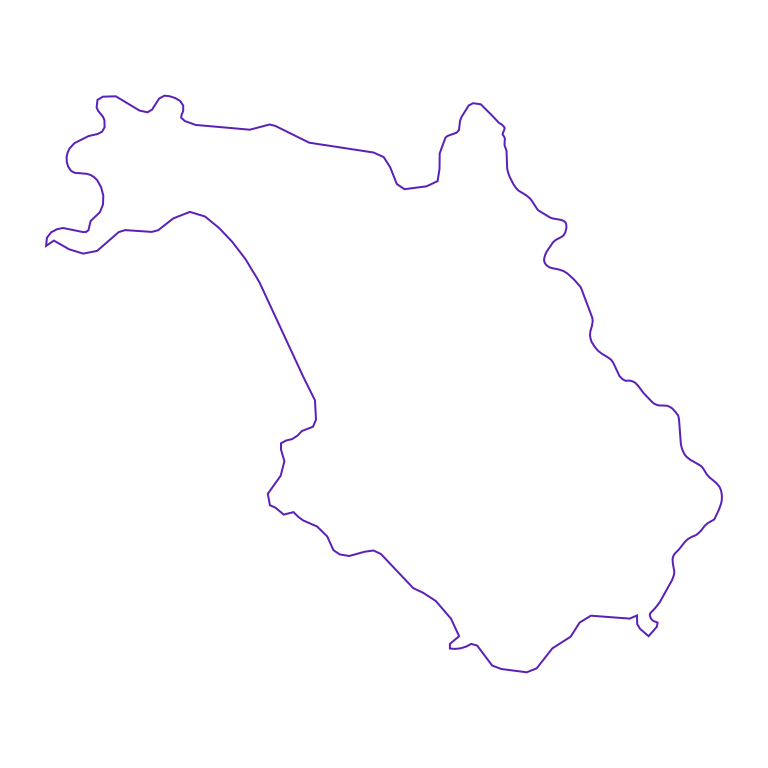 Salerno, Albers equal-area conic projection
{"feature_id": "ITA-5400", "entity_name": "Salerno", "entity_type": "Province", "adm_level": 1, "iso_a3": "ITA", "parent_name": "Italy", "parent_adm1": "", "projection": "albers", "projection_center": [15.247, 40.421], "detail": "fine", "context": "isolated", "style": "outline", "palette": "violet", "viewbox_px": 768, "rotation_deg": 0, "n_neighbors": 0, "source": "natural_earth", "source_scale": "10m", "svg_char_len": 3401}
<svg xmlns="http://www.w3.org/2000/svg" viewBox="0 0 768 768"><path d="M648.6,636.2L640.2,629.0L637.2,624.2L637.0,615.5L629.7,618.6L590.9,615.7L579.7,622.5L570.6,636.7L552.3,648.4L536.7,668.3L526.7,672.3L501.3,669.0L492.1,665.5L477.2,645.6L471.3,643.9L466.4,646.5L461.1,648.2L455.6,648.9L449.9,648.5L449.9,643.9L459.1,636.2L451.0,618.7L435.8,601.0L423.3,592.9L413.2,588.1L380.9,554.0L373.5,550.5L364.8,551.7L349.2,556.0L339.7,554.4L333.4,550.1L327.2,536.4L317.1,526.5L303.1,520.4L298.2,516.8L293.5,512.1L283.7,514.6L275.5,507.7L269.9,505.2L267.8,493.8L280.7,475.7L284.4,461.2L281.0,449.6L281.0,443.3L286.1,440.5L292.1,439.1L297.5,435.6L301.9,431.0L313.0,426.7L316.0,419.7L315.0,400.4L303.6,377.5L259.3,282.0L245.4,259.0L232.2,241.8L219.1,228.0L205.0,216.5L189.8,211.9L173.3,218.4L158.2,230.2L151.8,231.9L125.1,230.1L118.7,232.1L97.1,250.9L83.2,253.6L69.1,249.3L53.9,240.6L46.1,245.9L46.9,237.8L51.1,232.3L57.1,229.2L63.1,228.0L83.2,232.1L86.2,231.9L88.5,230.1L90.6,221.0L99.9,212.2L103.0,204.5L103.3,195.7L101.1,187.2L97.1,180.1L94.0,177.1L90.6,175.0L86.8,173.8L74.6,172.8L71.0,170.8L68.1,166.5L66.8,162.0L66.6,157.2L67.6,152.6L69.5,148.5L74.5,143.1L88.5,136.1L97.9,133.9L102.1,131.6L104.6,127.3L104.4,120.0L102.9,116.6L98.1,110.9L96.6,107.3L97.5,99.9L102.8,96.7L115.8,96.3L139.6,110.6L147.5,112.3L152.1,109.6L159.1,98.6L164.4,95.7L169.1,96.1L174.9,97.9L180.2,101.0L183.2,105.6L183.2,111.0L181.6,114.7L181.2,117.7L184.8,121.0L195.5,124.9L249.8,129.7L269.6,124.5L275.3,125.9L309.2,142.7L373.5,152.5L383.7,157.1L390.2,167.3L396.8,184.0L404.5,189.2L426.6,186.3L437.6,181.1L439.5,169.0L439.7,153.4L445.4,137.7L447.6,135.9L456.6,132.7L459.0,130.0L460.0,121.1L461.4,117.2L468.7,105.5L473.1,103.2L480.8,104.3L492.1,115.6L499.2,123.1L501.5,124.3L503.7,126.4L504.7,128.0L503.9,130.8L503.0,132.6L502.6,134.6L504.2,136.7L504.9,138.8L504.6,141.7L504.6,145.5L506.5,150.6L507.2,168.8L508.1,172.5L509.7,177.0L513.6,184.5L516.1,188.1L518.5,190.6L526.5,195.5L529.9,198.4L531.3,200.0L537.2,209.1L538.6,210.6L550.4,217.7L553.0,218.5L561.5,220.0L563.8,221.0L565.5,222.4L566.3,224.8L566.4,227.9L565.3,232.4L563.9,234.9L562.1,236.6L556.2,239.7L554.4,241.0L552.8,242.6L546.8,251.4L545.3,254.5L544.7,256.5L544.2,258.7L544.1,260.3L544.6,262.5L546.0,264.8L549.3,267.3L552.5,268.2L558.5,269.4L563.4,271.0L567.3,273.4L574.0,279.5L579.7,286.0L581.0,287.8L592.3,317.8L592.7,321.0L592.0,325.7L590.4,331.1L590.2,333.0L590.0,335.4L590.5,338.4L591.5,341.7L594.3,346.2L596.3,348.8L598.2,350.9L601.8,353.7L607.8,357.3L611.3,359.9L613.3,362.9L619.5,376.1L622.7,379.3L625.6,380.8L628.2,380.6L630.8,380.8L633.1,381.6L635.2,382.7L638.2,385.9L643.4,392.9L652.4,402.3L654.2,403.7L656.4,404.7L658.8,405.4L666.6,405.7L668.9,406.4L670.9,407.5L672.6,408.8L675.6,412.1L678.2,415.6L679.0,419.3L680.9,444.5L682.1,449.1L683.9,453.2L685.0,455.0L686.5,456.7L690.0,459.6L700.1,465.4L701.8,466.8L703.2,468.5L706.6,474.1L708.0,475.8L709.5,477.4L716.3,483.0L719.2,486.4L720.3,488.6L721.2,491.1L721.8,494.7L721.9,497.8L721.7,500.8L721.2,503.2L719.1,509.3L714.3,519.4L707.8,523.1L704.9,525.6L701.0,530.7L698.3,533.3L696.0,535.1L691.8,536.8L687.9,539.1L686.3,540.5L684.3,542.6L678.9,549.5L674.7,553.7L673.4,555.9L672.6,558.6L672.8,563.2L674.3,571.6L674.1,574.4L672.2,579.8L659.7,602.3L655.1,608.2L650.1,613.4L649.8,615.5L651.0,618.8L652.7,620.4L654.1,621.3L656.0,621.9L657.6,622.7L656.9,626.7L648.6,636.2Z" fill="none" stroke="#5b21b6" stroke-width="2"/></svg>